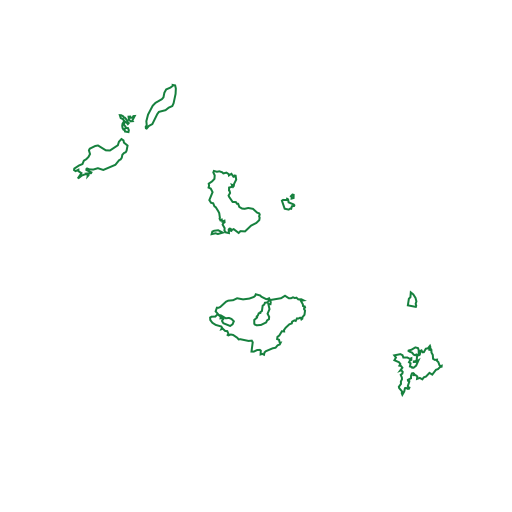 the district of Voreioy Aigaioy, Voreio Aigaio, Greece, rotated 153°
{"feature_id": "26713481B43979888680650", "entity_name": "Voreioy Aigaioy", "entity_type": "district", "adm_level": 2, "iso_a3": "GRC", "parent_name": "Greece", "parent_adm1": "Voreio Aigaio", "projection": "mercator", "projection_center": [26.018, 38.772], "detail": "fine", "context": "isolated", "style": "outline", "palette": "green", "viewbox_px": 512, "rotation_deg": 153, "n_neighbors": 0, "source": "geoboundaries", "source_scale": "gbopen_adm2", "svg_char_len": 6061}
<svg xmlns="http://www.w3.org/2000/svg" viewBox="0 0 512 512"><g transform="rotate(153 256 256)"><path d="M294.8,165.9L293.7,164.4L292.2,166.2L290.5,166.7L283.1,166.2L280.2,165.4L277.3,166.6L275.0,166.4L273.4,167.6L274.0,167.8L274.1,168.7L273.5,170.9L274.9,172.4L273.6,174.2L271.3,174.6L267.1,177.2L265.2,176.0L264.7,177.3L262.2,178.6L257.3,180.0L254.7,179.7L253.6,181.1L251.0,181.2L250.1,180.1L247.8,181.8L246.6,181.0L244.7,181.0L244.1,180.5L244.3,178.9L243.2,179.1L242.4,180.4L239.5,181.6L237.1,185.1L237.3,186.9L236.8,187.7L235.7,187.8L235.5,188.9L236.8,190.1L236.2,191.7L236.4,195.8L233.8,194.9L235.3,196.9L238.0,198.1L238.9,200.5L240.5,200.9L241.8,202.4L243.8,202.4L245.9,203.4L248.2,207.4L252.8,207.0L262.6,210.1L263.5,209.7L263.9,208.0L265.0,206.5L266.8,207.6L268.1,202.5L271.9,199.3L271.9,195.8L273.2,193.8L275.3,193.6L277.1,192.2L282.8,192.3L286.8,193.9L288.2,195.5L288.3,196.4L286.6,199.8L283.0,200.7L282.8,201.8L281.4,202.1L279.6,203.7L278.0,203.3L277.6,204.0L275.7,204.3L272.6,208.7L270.7,209.0L269.3,210.3L266.6,209.4L263.5,211.4L263.5,212.4L265.8,212.5L266.7,213.2L269.7,217.3L270.2,218.9L273.6,222.0L274.8,220.9L276.6,220.5L281.3,221.1L287.2,223.2L292.0,226.9L296.4,227.0L301.0,228.8L303.4,228.9L311.0,226.8L313.0,226.9L314.3,227.7L317.1,225.0L315.9,220.2L314.3,219.1L311.2,214.2L308.2,213.1L306.4,211.0L305.4,207.9L307.9,205.8L310.8,205.4L315.6,210.9L315.8,213.2L315.4,214.0L313.7,214.7L313.6,215.9L315.9,216.6L315.0,217.9L316.7,221.5L319.8,220.5L323.1,222.1L324.8,222.0L325.8,219.7L325.2,216.3L323.2,212.9L318.9,208.9L318.8,207.5L320.1,206.5L318.6,206.3L317.5,203.2L315.7,202.1L315.9,199.1L317.1,198.5L316.7,197.8L314.1,197.5L312.2,196.0L309.8,191.6L309.3,189.5L307.9,189.1L301.2,183.7L298.2,182.5L298.1,180.6L303.4,172.9L301.4,171.8L297.7,171.7L295.2,170.6L294.7,169.5L296.6,166.2L294.8,165.9ZM254.6,282.9L246.6,285.3L240.7,285.3L236.8,286.5L235.4,288.4L235.2,290.0L233.9,291.2L233.8,292.5L235.3,294.1L237.3,299.4L241.1,302.3L244.7,303.2L246.9,304.6L248.6,307.3L248.2,310.6L249.2,311.1L249.5,313.2L252.3,314.8L253.1,321.0L253.0,322.3L250.5,323.9L250.0,326.0L250.3,326.6L248.9,329.2L245.5,328.4L245.2,330.5L244.4,329.6L244.7,328.2L244.0,328.5L242.7,330.3L239.0,333.0L237.7,336.8L238.5,337.4L239.2,336.6L240.1,336.8L240.6,340.4L243.5,340.1L243.1,341.2L244.5,343.7L247.6,344.4L248.1,345.9L250.2,348.1L252.6,348.8L254.9,350.9L256.1,349.8L256.2,346.6L258.0,343.6L261.3,342.4L265.3,341.9L265.9,339.9L267.2,338.5L265.7,336.6L265.7,332.6L272.2,327.0L271.9,323.8L270.2,322.4L270.5,319.1L269.7,317.7L269.3,313.0L269.3,310.9L270.8,306.5L271.5,305.8L271.5,303.9L270.0,304.0L270.4,302.0L268.1,301.8L268.7,300.3L270.2,300.1L271.5,299.1L271.3,295.1L272.6,293.0L272.2,290.7L269.7,288.7L268.6,291.3L267.3,290.2L267.5,292.3L267.1,292.4L266.3,291.8L265.9,290.1L263.7,290.1L261.0,284.4L258.6,285.2L254.6,282.9ZM188.4,73.4L187.3,68.7L188.4,67.7L188.6,65.9L185.4,68.0L183.3,70.6L182.3,70.4L181.1,68.7L180.0,68.3L179.1,69.1L179.9,70.0L179.8,71.2L176.4,74.5L176.2,74.9L177.2,75.8L176.9,76.7L173.4,76.7L172.4,78.7L170.4,80.6L169.1,80.3L168.6,79.3L169.6,78.3L168.0,77.5L167.3,76.3L167.0,75.3L168.3,73.4L165.4,73.0L163.8,70.6L161.5,71.7L159.3,71.4L154.5,73.1L152.8,70.3L147.3,72.9L145.2,72.6L142.4,73.5L140.9,73.1L140.4,73.9L141.6,74.0L142.1,75.5L141.7,78.7L142.4,80.7L141.8,81.5L143.9,82.3L144.9,84.0L143.4,87.6L143.5,90.3L142.3,92.8L142.4,93.4L143.0,92.8L144.1,93.8L142.0,95.7L141.8,97.0L144.7,95.7L146.8,96.3L150.1,94.1L151.3,94.6L151.4,96.8L152.4,96.8L154.9,93.7L156.2,93.6L156.9,94.2L155.3,95.1L153.7,98.5L153.5,100.4L155.5,102.2L160.1,101.9L162.9,102.5L163.2,102.2L162.6,101.1L160.8,99.0L160.3,96.5L159.2,95.3L157.9,95.5L157.4,94.5L160.1,90.3L161.5,89.8L163.2,90.4L163.5,89.9L161.2,88.9L158.7,89.2L163.1,85.6L166.3,84.9L167.6,85.6L167.5,86.2L169.0,87.7L167.0,90.2L167.9,91.9L166.4,92.9L164.8,92.9L164.0,94.4L165.6,94.5L167.3,96.9L170.8,98.6L170.5,101.1L171.9,103.0L177.9,104.7L177.4,102.0L180.0,100.3L176.8,96.4L176.4,94.2L178.0,93.2L176.7,92.1L176.3,90.0L179.6,88.4L178.4,88.3L177.9,86.1L179.0,84.8L181.0,84.4L181.2,81.5L181.9,79.9L183.9,78.4L184.9,76.2L188.1,74.6L188.4,73.4ZM353.0,402.0L339.9,401.1L334.5,403.5L332.8,403.5L331.0,404.5L329.1,406.9L326.8,407.7L325.0,407.6L323.5,408.6L320.3,412.7L322.2,417.0L321.6,419.1L322.8,421.3L326.3,420.0L328.8,417.4L338.2,416.3L341.8,418.3L346.6,426.2L349.3,427.0L355.4,427.1L356.9,426.0L357.6,422.2L360.3,420.3L363.3,419.3L366.1,419.1L368.9,416.7L372.5,417.0L378.2,416.4L379.1,415.2L378.2,413.5L375.1,413.5L375.7,412.2L373.9,409.1L378.8,406.4L378.6,406.0L374.4,406.8L370.8,406.3L369.3,405.2L369.2,404.3L369.8,403.5L368.5,404.0L368.0,405.1L368.6,406.0L365.4,404.7L364.7,405.2L368.1,409.6L367.6,410.5L366.8,410.7L365.1,408.8L361.8,406.9L357.0,406.0L353.0,402.0ZM296.1,419.8L295.6,419.2L292.4,420.5L288.5,420.6L279.5,427.3L277.1,428.5L270.4,427.0L266.4,427.8L262.5,427.6L260.1,429.5L254.1,436.9L251.4,441.6L250.6,444.7L252.4,446.1L252.5,445.5L255.8,444.9L260.4,445.2L263.5,443.1L266.4,439.4L268.5,438.5L276.0,438.1L279.8,436.8L288.0,431.0L292.5,425.9L294.0,422.1L295.6,421.2L296.1,419.8ZM134.6,153.3L137.1,149.2L139.2,148.5L143.1,143.1L136.7,138.1L135.8,139.0L135.4,141.0L133.7,142.7L132.9,146.2L133.3,150.4L134.6,153.3ZM203.2,282.1L201.5,284.0L199.3,283.3L198.8,283.8L199.0,284.8L202.6,289.0L201.7,291.8L202.0,292.5L202.3,292.9L203.2,291.9L206.5,293.7L207.8,293.5L209.0,285.1L205.8,282.5L204.0,282.7L203.2,282.1ZM315.5,428.8L316.2,426.4L313.4,424.3L312.2,425.8L312.0,428.1L314.1,429.2L313.5,430.6L314.2,433.0L311.8,435.2L310.8,433.9L310.3,431.7L309.1,432.2L309.6,432.9L309.2,435.0L310.0,438.7L310.7,439.2L310.9,440.7L312.2,442.6L313.4,443.3L313.9,440.3L312.6,438.6L312.0,436.2L314.9,434.4L316.1,432.7L316.8,430.5L316.7,428.8L315.5,428.8ZM280.0,292.9L275.0,291.9L278.0,296.1L281.9,297.5L283.8,297.6L285.6,295.6L281.7,294.6L280.0,292.9ZM307.3,435.1L306.5,432.9L304.8,432.2L304.9,432.7L300.5,435.8L301.7,436.3L302.8,435.6L304.8,435.9L305.3,436.6L304.9,437.4L306.3,438.0L307.3,435.1ZM195.6,294.2L197.8,293.4L197.4,292.3L198.2,291.0L196.2,290.6L194.7,293.4L195.6,294.2Z" fill="none" stroke="#15803d" stroke-width="2"/></g></svg>